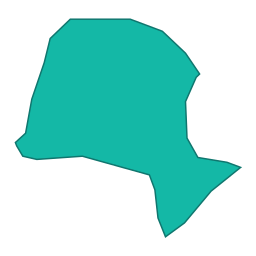 outline of Poole
{"feature_id": "GBR-2052", "entity_name": "Poole", "entity_type": "Unitary Authority", "adm_level": 1, "iso_a3": "GBR", "parent_name": "United Kingdom", "parent_adm1": "", "projection": "albers", "projection_center": [-1.96, 50.73], "detail": "fine", "context": "isolated", "style": "filled", "palette": "teal", "viewbox_px": 256, "rotation_deg": 0, "n_neighbors": 0, "source": "natural_earth", "source_scale": "10m", "svg_char_len": 447}
<svg xmlns="http://www.w3.org/2000/svg" viewBox="0 0 256 256"><path d="M240.6,167.4L211.1,191.1L184.5,222.9L165.5,236.8L158.0,218.0L154.9,189.8L149.4,174.9L82.4,156.2L36.8,159.4L22.8,156.2L16.7,145.9L15.4,142.5L25.6,133.2L31.8,99.2L44.2,62.8L50.2,38.5L70.3,19.2L93.3,19.2L130.2,19.2L162.4,31.3L185.5,53.2L199.6,74.0L196.2,77.3L185.5,101.6L187.0,138.1L197.9,157.5L227.0,162.3L240.6,167.4Z" fill="#14b8a6" stroke="#0f766e" stroke-width="1.5"/></svg>